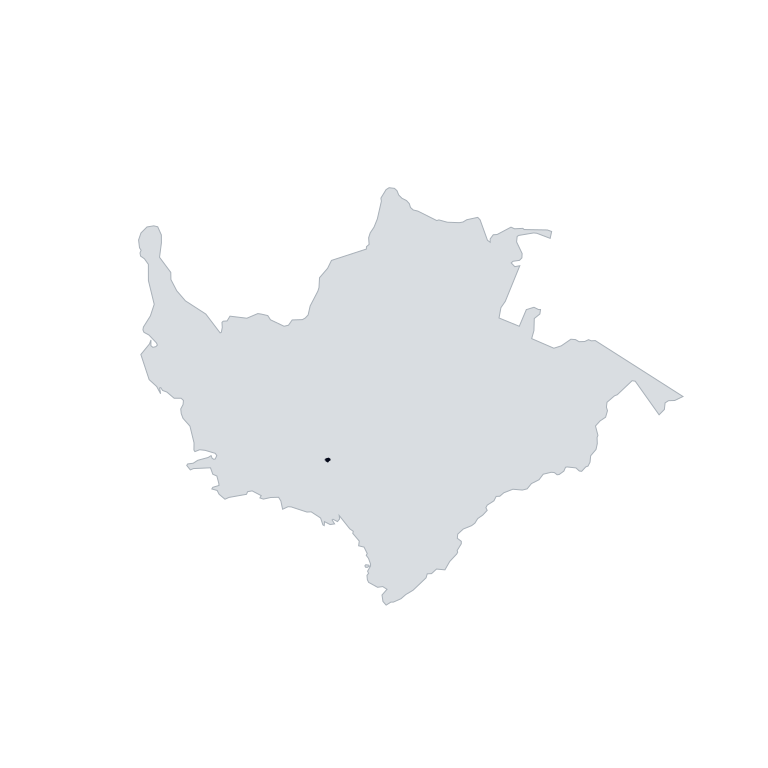 location of Dosquebradas, Risaralda, Colombia, rotated 292°
{"feature_id": "7082276B1259376417396", "entity_name": "Dosquebradas", "entity_type": "district", "adm_level": 2, "iso_a3": "COL", "parent_name": "Colombia", "parent_adm1": "Risaralda", "projection": "mercator", "projection_center": [-75.67, 4.841], "detail": "fine", "context": "in_parent", "style": "filled", "palette": "ink", "viewbox_px": 768, "rotation_deg": 292, "n_neighbors": 0, "source": "geoboundaries", "source_scale": "gbopen_adm2", "svg_char_len": 4602}
<svg xmlns="http://www.w3.org/2000/svg" viewBox="0 0 768 768"><g transform="rotate(292 384 384)"><path d="M438.8,121.7L431.6,124.7L417.4,128.4L407.6,144.5L401.0,147.3L392.8,156.9L386.7,168.7L382.1,192.6L370.0,212.9L371.0,213.8L375.8,212.9L380.4,210.7L382.0,211.4L383.7,214.9L389.2,215.8L393.6,232.2L402.0,240.6L402.8,243.8L403.9,250.6L401.0,254.7L400.1,269.7L402.7,273.4L409.0,274.9L413.1,284.2L415.7,286.3L419.6,287.8L428.7,286.3L445.3,287.9L449.1,287.6L458.4,284.4L470.2,288.4L478.9,289.0L502.5,317.1L504.8,316.3L507.8,317.9L513.8,315.0L518.9,314.6L525.7,316.0L534.6,316.0L552.5,313.1L555.2,311.5L565.0,313.1L567.9,315.2L569.3,320.4L568.1,323.6L564.7,326.9L562.9,331.1L562.5,336.2L560.7,339.9L557.6,342.4L556.3,345.9L557.0,350.6L555.3,371.7L556.7,373.4L557.7,382.1L561.8,393.4L563.8,396.6L567.3,399.2L573.6,408.5L572.2,411.6L556.0,426.1L555.2,429.4L558.3,428.1L563.3,429.4L565.0,432.9L577.0,443.0L576.8,446.9L580.3,454.4L579.7,456.1L588.0,477.7L588.2,482.3L581.3,483.5L581.0,469.1L580.1,466.1L572.2,453.2L570.6,452.2L565.4,453.7L556.7,463.2L552.6,464.6L549.4,463.3L546.1,457.6L543.9,456.6L541.8,461.3L544.5,465.6L506.1,465.5L498.6,463.8L488.3,465.9L488.2,487.8L506.3,488.1L511.3,494.3L510.9,499.4L511.7,501.2L507.3,502.3L501.0,498.8L489.7,503.0L481.4,503.9L480.8,528.1L485.8,534.1L495.5,540.5L496.9,544.9L496.3,549.0L498.6,554.2L501.7,557.0L501.7,560.1L503.4,563.6L484.4,665.9L477.6,659.7L475.1,654.0L471.8,651.7L465.4,653.5L458.5,650.6L480.7,615.9L480.0,612.8L461.4,604.3L459.5,602.2L450.6,597.6L445.8,598.9L443.0,601.2L436.2,601.9L430.8,598.2L424.3,595.8L416.5,601.6L414.2,601.6L408.6,604.1L402.7,605.1L394.9,602.5L388.7,604.3L384.3,603.9L382.7,602.1L377.1,600.0L376.5,597.7L378.1,593.4L375.7,584.9L374.8,583.5L370.6,583.4L365.7,580.3L364.7,578.5L365.7,575.1L364.8,572.1L360.0,565.4L353.3,563.6L346.9,558.0L340.4,556.0L337.5,552.0L334.7,542.9L328.0,535.8L323.3,533.4L321.8,530.1L316.9,529.7L310.4,525.1L307.5,524.8L305.5,527.0L299.5,524.7L294.3,521.3L289.0,520.4L285.5,518.3L279.2,511.8L272.4,508.6L268.4,509.8L267.1,514.6L264.8,515.5L257.0,514.2L255.7,515.3L253.6,515.1L244.0,511.4L234.5,510.1L232.1,502.0L226.0,499.1L224.2,495.2L220.0,495.6L203.7,488.2L197.0,483.1L191.3,480.2L185.3,474.4L184.4,472.1L179.8,468.8L182.0,464.5L187.6,461.2L194.8,463.7L195.7,458.7L193.1,454.2L194.3,444.1L196.3,441.9L200.2,439.9L202.7,440.6L204.3,438.9L210.2,439.7L212.0,439.0L216.5,435.0L218.5,431.7L220.5,432.0L225.3,426.6L224.5,421.1L229.1,419.9L233.8,411.0L235.9,410.7L236.9,406.5L245.3,391.7L242.3,393.4L239.0,392.4L239.5,387.4L238.5,386.8L235.8,390.6L233.5,386.7L234.1,380.4L230.3,381.6L230.5,380.1L236.0,375.4L238.2,364.4L236.4,360.5L235.3,344.1L234.3,341.0L229.9,336.9L236.9,332.2L239.5,328.7L236.3,321.4L232.1,315.3L231.9,311.6L234.5,312.0L235.5,301.8L233.1,297.9L230.2,297.8L220.8,282.8L217.6,279.7L220.0,272.4L222.8,269.2L222.2,263.7L224.1,264.0L228.1,269.0L229.8,268.2L236.1,263.5L236.2,259.1L241.3,254.5L234.2,239.0L231.8,236.6L234.6,231.6L236.3,231.9L239.1,236.8L243.5,239.9L250.0,248.5L252.8,250.5L250.8,252.4L250.4,254.4L251.3,255.6L255.0,255.8L256.5,253.5L255.5,243.0L254.0,237.7L250.5,234.0L251.6,232.5L258.3,229.9L272.2,219.9L276.9,210.5L280.6,207.1L284.7,204.9L289.7,205.4L293.6,204.2L294.8,201.2L292.2,194.7L295.2,185.7L295.1,181.1L297.0,178.4L296.3,177.4L291.3,180.5L296.5,174.2L300.1,164.6L320.3,147.5L333.4,151.6L337.6,151.4L332.2,153.5L331.4,156.0L333.2,158.5L335.2,159.3L336.9,157.6L341.4,147.6L342.0,142.1L343.9,140.2L346.7,139.6L359.6,141.9L371.8,141.1L391.7,126.8L406.7,120.7L410.4,114.9L411.4,110.4L414.1,108.7L417.0,108.7L418.7,106.3L425.6,102.5L433.0,102.1L440.8,105.4L444.4,111.3L445.0,115.3L438.8,121.7ZM210.4,437.9L209.5,438.6L207.8,437.3L207.2,435.6L208.2,434.4L209.6,434.8L210.4,437.9Z" fill="#d9dde1" stroke="#a8b0b8" stroke-width="1"/><path d="M293.4,362.1L293.5,362.0L293.7,361.9L293.8,361.9L293.9,361.7L293.9,361.4L294.0,361.4L294.0,361.2L294.1,360.9L293.9,360.9L293.9,360.7L294.0,360.5L294.0,360.4L293.9,360.3L293.9,360.2L293.7,360.1L293.7,359.9L293.6,359.7L293.4,359.5L293.5,359.5L293.5,359.4L293.4,359.3L293.4,359.2L293.2,359.1L293.3,359.1L293.2,359.1L293.0,358.9L293.0,359.0L292.9,359.0L292.7,359.0L292.4,359.1L292.2,359.2L292.0,358.9L291.9,358.8L291.9,359.0L291.7,359.0L291.6,359.3L291.4,359.4L291.4,359.5L291.4,359.4L291.2,359.4L291.2,359.6L291.1,359.8L291.1,360.0L291.0,360.3L291.0,360.5L290.9,360.8L291.0,360.9L291.0,361.0L291.3,361.1L291.5,361.1L291.8,361.1L292.0,361.2L292.1,361.3L292.3,361.4L292.4,361.5L292.5,361.5L292.8,361.7L292.9,361.8L293.0,361.7L293.0,361.8L293.2,362.0L293.3,362.0L293.4,362.1Z" fill="#0f172a" stroke="#020617" stroke-width="1.5"/></g></svg>